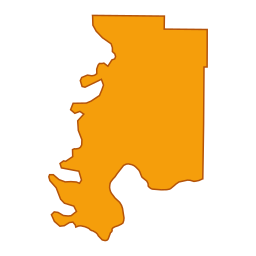 Posey, Indiana, United States of America (orthographic projection)
{"feature_id": "52423323B54248074305317", "entity_name": "Posey", "entity_type": "district", "adm_level": 2, "iso_a3": "USA", "parent_name": "United States of America", "parent_adm1": "Indiana", "projection": "orthographic", "projection_center": [-87.943, 38.001], "detail": "fine", "context": "isolated", "style": "filled", "palette": "amber", "viewbox_px": 256, "rotation_deg": 0, "n_neighbors": 0, "source": "geoboundaries", "source_scale": "gbopen_adm2", "svg_char_len": 2020}
<svg xmlns="http://www.w3.org/2000/svg" viewBox="0 0 256 256"><path d="M207.2,45.5L207.2,29.5L164.2,29.1L164.4,16.1L92.5,15.4L92.6,16.2L92.9,25.2L96.2,31.2L102.5,37.8L111.1,43.8L112.4,47.7L112.4,51.6L114.8,53.8L115.6,56.6L114.7,58.9L111.9,59.9L107.9,66.2L103.9,63.1L102.1,63.5L99.4,63.5L98.1,65.1L96.7,69.1L96.8,73.7L94.5,75.3L91.8,75.8L87.4,75.1L81.7,77.5L80.3,80.6L82.1,86.5L85.0,87.2L101.4,79.3L103.5,85.1L101.8,90.0L99.5,95.5L91.1,101.1L86.3,103.1L73.1,103.3L70.6,109.7L74.8,113.3L79.9,111.4L83.8,114.1L77.7,120.8L78.3,130.4L81.9,139.7L81.7,144.9L80.4,147.3L78.7,148.4L75.8,148.9L74.3,148.8L72.5,149.6L72.7,156.6L65.7,161.3L63.5,160.9L60.0,163.5L61.4,167.9L75.0,170.5L78.9,171.2L81.5,180.1L79.5,183.3L76.4,182.0L70.9,181.6L65.2,181.9L59.0,179.6L53.3,174.7L49.6,174.7L48.8,176.8L49.9,180.7L50.7,181.6L56.2,187.8L60.6,199.2L64.4,203.2L73.8,206.1L76.5,211.4L71.1,215.7L68.1,216.0L63.3,215.5L58.0,212.4L54.2,211.9L51.4,214.7L54.4,221.4L59.9,226.2L64.3,225.7L69.5,222.5L72.9,222.1L75.3,225.0L75.8,227.1L78.5,226.0L80.8,225.8L84.9,226.7L87.8,227.9L89.4,228.8L90.1,229.7L91.7,230.6L92.8,230.8L95.9,232.6L97.6,234.3L98.2,235.7L102.2,239.9L105.1,240.6L106.7,240.3L107.5,239.8L108.2,238.9L110.5,232.7L111.6,231.8L112.1,230.8L112.0,229.1L112.9,227.9L114.8,226.8L118.1,225.7L121.2,224.2L122.9,223.0L123.7,220.6L124.0,218.0L122.5,208.3L121.5,205.4L119.7,202.4L114.9,197.9L111.5,193.4L110.7,192.0L110.0,189.9L109.6,187.8L109.7,185.8L110.0,183.7L110.6,182.1L111.2,181.2L113.0,178.9L114.7,177.1L115.0,176.8L117.1,173.7L123.6,165.4L126.3,164.1L128.4,163.9L132.0,164.7L134.3,165.8L136.1,167.3L138.9,170.2L139.8,171.8L141.5,176.2L142.1,177.3L146.6,180.9L147.0,181.5L148.1,183.6L148.2,185.7L148.3,186.3L149.5,187.5L151.2,188.7L152.4,189.1L161.2,189.8L166.2,189.7L167.8,189.5L168.1,189.4L169.6,189.1L170.7,188.5L174.8,185.1L175.6,184.3L178.9,182.0L187.5,180.1L190.2,180.3L193.9,181.4L196.1,181.1L198.9,180.5L202.7,178.8L202.8,178.8L203.6,124.3L204.0,67.0L207.1,67.0L207.2,45.5Z" fill="#f59e0b" stroke="#b45309" stroke-width="1.5"/></svg>